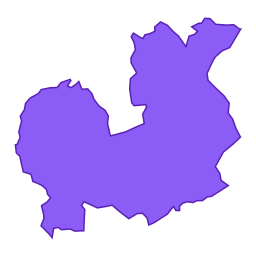 outline of Karamoullides, Paphos, Cyprus
{"feature_id": "46923920B15224783419996", "entity_name": "Karamoullides", "entity_type": "district", "adm_level": 2, "iso_a3": "CYP", "parent_name": "Cyprus", "parent_adm1": "Paphos", "projection": "orthographic", "projection_center": [32.433, 35.012], "detail": "fine", "context": "isolated", "style": "filled", "palette": "violet", "viewbox_px": 256, "rotation_deg": 0, "n_neighbors": 0, "source": "geoboundaries", "source_scale": "gbopen_adm2", "svg_char_len": 1792}
<svg xmlns="http://www.w3.org/2000/svg" viewBox="0 0 256 256"><path d="M15.4,144.8L16.3,152.8L19.8,156.2L21.6,164.5L23.3,171.9L31.0,174.3L32.9,181.5L38.0,183.5L42.3,185.7L46.5,189.6L47.6,194.3L50.5,197.9L47.0,202.1L41.5,205.6L43.5,213.9L44.0,218.3L41.0,225.8L49.5,234.4L52.1,237.7L53.6,228.4L58.3,227.4L61.3,229.7L70.1,229.0L74.6,231.1L82.5,230.8L83.8,230.8L84.2,220.2L84.8,209.6L81.6,205.5L84.0,201.7L97.5,207.9L103.3,206.9L105.9,206.5L112.3,205.2L116.0,208.5L118.6,210.8L128.8,218.7L137.1,213.6L142.5,213.3L147.1,218.0L148.8,225.0L152.0,223.6L154.0,222.7L158.7,219.7L167.4,214.1L173.4,206.5L175.9,210.5L179.6,210.6L179.6,206.2L182.9,203.1L187.0,201.8L193.3,202.5L196.5,200.7L202.5,200.6L207.4,196.9L211.3,196.4L211.5,196.3L228.3,185.6L221.1,180.4L219.8,173.4L215.3,166.6L223.4,152.0L233.0,144.1L240.5,137.1L236.1,128.8L232.6,119.1L228.2,112.9L229.2,103.1L223.9,95.7L215.3,87.7L208.1,80.4L207.0,73.4L213.1,60.5L215.5,56.7L222.3,50.7L229.7,47.6L240.6,29.2L240.0,29.4L233.7,24.7L226.9,25.1L215.6,24.3L210.0,18.6L204.8,18.3L201.5,23.3L198.9,23.2L191.7,26.8L197.5,31.3L194.5,34.4L189.1,36.1L185.9,46.6L178.5,36.1L173.5,31.8L167.4,25.3L160.5,21.9L154.7,27.0L154.9,31.3L149.6,33.7L144.9,34.8L142.9,38.5L139.9,37.2L133.4,33.1L131.2,36.7L134.1,42.6L135.4,49.7L133.2,53.6L131.0,57.9L131.2,63.0L136.7,73.1L130.4,78.8L129.7,88.9L131.7,102.7L134.1,105.7L145.7,104.6L146.6,107.0L142.7,114.1L144.2,123.6L136.6,126.8L125.2,132.0L110.4,135.9L107.5,123.5L108.3,115.9L105.1,110.3L98.8,105.8L93.9,99.1L92.0,93.8L87.7,88.9L81.9,89.2L78.8,81.5L76.3,84.0L71.2,87.6L67.4,85.9L70.9,80.6L70.1,79.4L61.0,82.6L57.1,87.5L50.6,87.7L41.2,89.6L38.4,93.5L35.5,95.1L30.3,97.9L25.6,103.2L24.4,109.7L20.3,116.2L21.6,121.0L18.8,132.0L20.1,137.4L17.1,144.5L15.4,144.8Z" fill="#8b5cf6" stroke="#5b21b6" stroke-width="1.5"/></svg>